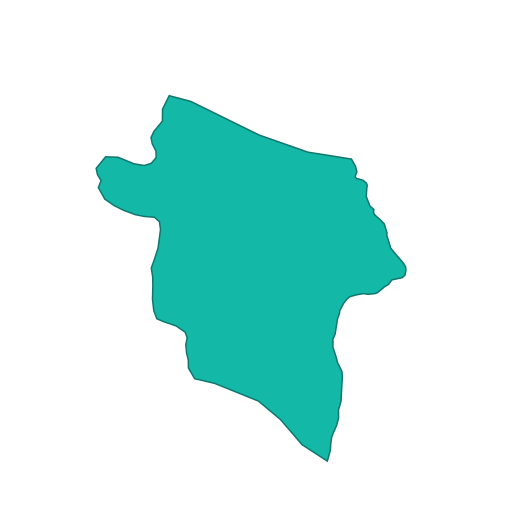 Mayo-Sava, Extrême-Nord, Cameroon, rotated 127°
{"feature_id": "32672807B4790524999002", "entity_name": "Mayo-Sava", "entity_type": "district", "adm_level": 2, "iso_a3": "CMR", "parent_name": "Cameroon", "parent_adm1": "Extrême-Nord", "projection": "robinson", "projection_center": [14.142, 11.061], "detail": "fine", "context": "isolated", "style": "filled", "palette": "teal", "viewbox_px": 512, "rotation_deg": 127, "n_neighbors": 0, "source": "geoboundaries", "source_scale": "gbopen_adm2", "svg_char_len": 1591}
<svg xmlns="http://www.w3.org/2000/svg" viewBox="0 0 512 512"><g transform="rotate(127 256 256)"><path d="M390.9,231.2L382.6,212.3L381.4,207.8L370.4,166.7L371.9,138.0L379.0,105.6L376.9,75.6L366.4,79.7L360.4,83.7L355.1,86.5L351.4,87.6L342.3,89.8L335.6,92.6L329.4,97.4L320.8,100.7L308.8,108.8L300.1,114.6L296.5,117.9L292.2,126.5L288.2,131.6L282.3,140.0L278.3,142.7L276.7,144.3L270.8,145.8L257.5,152.9L251.4,154.9L249.3,156.2L244.6,157.0L241.3,157.5L235.8,157.4L232.1,156.6L226.6,152.4L221.5,147.7L219.2,143.6L214.5,138.4L212.0,136.8L203.5,134.9L199.0,133.1L193.3,133.1L185.3,126.2L181.6,125.5L177.4,127.5L174.7,129.9L173.0,133.9L170.0,147.7L168.6,153.2L164.5,158.8L160.8,164.0L158.7,165.3L153.2,172.8L152.3,178.1L151.7,185.6L151.1,187.6L149.4,189.1L147.9,189.9L147.5,195.1L146.6,196.5L145.5,198.3L142.1,203.8L135.5,208.1L132.6,209.7L131.3,211.8L131.1,216.0L133.0,221.2L133.7,222.3L133.0,224.2L132.4,224.8L128.2,226.0L124.6,230.3L121.9,236.4L121.1,238.2L122.0,239.7L141.9,277.2L157.5,326.2L171.8,401.1L180.2,421.8L195.0,419.0L204.5,412.0L208.2,412.1L218.0,412.5L224.6,411.1L228.9,406.3L232.4,399.0L237.5,395.0L244.9,395.4L251.0,399.7L255.8,409.0L260.2,425.7L267.3,435.8L282.2,436.4L286.4,431.6L289.0,425.2L296.3,423.0L301.6,410.9L301.1,399.3L299.2,389.3L295.7,377.5L291.7,369.1L286.2,360.5L286.7,353.8L292.3,348.2L308.6,339.0L319.3,335.3L328.6,332.4L334.8,326.0L341.8,320.5L352.9,312.6L361.2,304.7L365.8,297.4L364.1,290.5L359.9,277.6L359.7,271.7L359.5,266.6L362.8,261.7L369.1,258.7L375.2,253.1L379.9,247.4L386.1,242.6L390.9,231.2Z" fill="#14b8a6" stroke="#0f766e" stroke-width="1.5"/></g></svg>